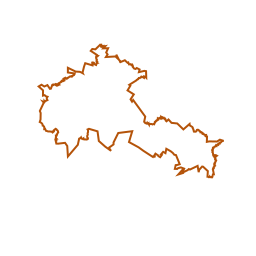 the district of Santiago Papasquiaro, Durango, Mexico, rotated 214°
{"feature_id": "50627088B53299694063482", "entity_name": "Santiago Papasquiaro", "entity_type": "district", "adm_level": 2, "iso_a3": "MEX", "parent_name": "Mexico", "parent_adm1": "Durango", "projection": "orthographic", "projection_center": [-106.236, 25.023], "detail": "fine", "context": "isolated", "style": "outline", "palette": "amber", "viewbox_px": 256, "rotation_deg": 214, "n_neighbors": 0, "source": "geoboundaries", "source_scale": "gbopen_adm2", "svg_char_len": 5885}
<svg xmlns="http://www.w3.org/2000/svg" viewBox="0 0 256 256"><g transform="rotate(214 128 128)"><path d="M79.2,165.8L81.3,157.8L89.7,159.3L94.8,156.6L99.2,157.7L99.8,155.1L100.8,155.2L101.5,155.7L101.7,156.2L102.0,156.3L102.1,156.1L102.5,156.0L102.8,156.6L103.2,156.5L103.4,156.2L104.0,156.5L104.4,155.8L105.4,156.2L105.6,155.9L105.8,155.9L105.5,155.7L105.6,155.3L105.4,154.7L105.8,154.4L106.4,154.4L107.0,154.9L107.0,154.5L106.6,154.0L107.5,153.9L107.8,153.6L107.6,152.4L108.6,152.5L107.9,151.2L108.1,150.5L108.6,150.3L108.5,149.6L108.8,149.3L108.6,149.0L109.1,148.1L108.6,147.6L108.7,147.0L108.4,145.8L109.1,145.7L109.6,144.7L110.7,144.5L111.2,144.0L111.9,143.8L112.6,142.8L112.5,142.6L112.9,142.8L112.9,143.2L113.8,142.9L113.9,143.2L114.4,142.4L115.1,142.9L115.1,142.4L115.3,142.1L116.4,141.7L117.5,142.2L118.1,142.2L120.1,147.1L139.4,154.1L139.4,152.1L141.9,153.2L142.0,159.1L149.4,158.9L149.7,164.4L151.1,164.5L147.7,172.1L147.7,172.8L147.2,173.5L147.2,174.1L146.9,174.3L147.0,175.5L146.1,176.0L145.9,177.0L144.9,177.7L145.7,177.6L145.7,178.1L145.2,178.3L142.8,178.5L143.5,179.8L142.0,180.1L141.0,179.9L144.8,185.2L146.4,184.5L150.2,180.4L151.1,183.0L154.3,182.6L154.7,181.2L156.1,180.7L158.1,181.3L158.1,181.6L159.1,182.5L160.0,182.9L160.3,182.0L161.5,182.4L162.7,181.3L164.4,182.5L164.8,181.8L168.5,182.4L171.2,178.3L171.8,178.5L172.1,179.2L173.5,179.4L178.7,182.3L176.5,180.0L178.4,180.3L186.0,174.5L186.1,177.6L188.3,178.4L189.1,183.0L193.0,180.2L192.6,183.1L193.4,182.3L193.8,182.5L194.0,181.5L195.0,181.3L195.0,180.7L195.6,180.3L195.8,180.4L195.5,181.7L196.3,181.5L196.8,182.1L197.2,181.8L196.8,181.5L197.7,181.2L199.0,175.0L201.8,173.5L202.0,171.1L194.6,171.2L194.5,170.3L193.3,170.9L193.4,170.2L194.0,169.5L193.9,168.6L193.5,168.1L192.7,167.6L192.4,167.2L191.9,167.1L191.6,165.9L190.9,165.9L190.4,165.7L190.5,165.3L190.4,164.6L190.0,164.6L190.3,164.3L189.9,163.6L190.0,163.1L189.7,162.4L190.5,162.2L192.0,162.4L192.7,163.0L194.2,162.6L194.7,162.9L194.0,161.8L193.5,161.6L193.4,161.3L192.7,161.1L192.3,160.1L199.7,157.8L198.7,154.1L196.6,148.4L196.1,148.1L198.2,147.9L199.4,147.6L203.0,145.5L211.5,144.3L208.9,140.4L202.7,143.4L202.4,142.7L202.4,141.6L203.1,140.7L203.1,140.2L203.4,139.9L203.1,139.8L203.2,139.2L205.0,138.2L206.0,135.4L206.2,135.7L207.2,134.2L207.5,134.4L208.0,134.1L208.2,134.3L209.0,132.8L207.3,131.8L207.9,130.8L208.7,131.3L209.1,130.6L208.8,130.4L209.2,129.8L208.9,129.6L209.4,128.8L209.2,128.6L210.3,126.7L209.9,126.4L210.1,126.2L209.4,125.7L210.2,125.3L209.9,125.2L210.2,124.7L209.8,124.5L210.5,123.4L211.5,124.0L211.9,123.3L212.7,123.8L213.9,121.8L214.5,122.1L214.9,121.4L213.9,117.5L214.6,116.8L218.8,118.5L220.6,115.6L223.9,115.5L225.3,112.5L219.5,111.7L216.6,107.3L215.5,108.6L213.6,108.4L212.2,108.9L212.1,107.5L211.6,106.7L210.4,106.1L211.9,103.5L212.3,103.6L211.7,102.8L211.7,102.6L213.2,102.3L212.0,101.9L210.6,92.8L208.8,91.6L205.3,86.2L204.5,83.6L203.2,83.8L201.6,83.6L200.7,83.0L200.1,82.3L199.7,82.5L198.3,82.2L197.7,81.5L197.1,81.3L197.0,81.1L197.1,80.7L196.8,80.2L196.0,80.8L194.4,79.8L193.1,80.3L192.4,80.4L190.8,81.5L190.4,81.6L189.2,82.3L188.0,82.1L187.6,83.5L188.2,83.7L188.3,84.1L188.2,84.4L187.9,84.5L188.1,85.2L187.5,86.9L186.7,86.9L186.5,86.6L185.3,86.6L184.3,86.2L183.5,85.4L183.6,85.2L183.4,84.5L183.5,84.0L183.1,82.7L183.3,82.6L183.2,82.4L183.3,82.2L183.0,81.6L183.5,81.3L182.4,79.9L182.2,79.2L181.3,79.1L181.5,78.9L181.3,78.7L181.6,78.6L180.7,77.8L181.4,77.5L178.7,75.0L177.1,76.0L171.9,80.5L168.3,79.1L161.9,70.8L160.2,86.0L162.5,91.7L162.2,91.9L162.2,92.5L161.8,93.2L161.7,93.9L161.1,93.4L160.2,93.3L159.6,93.7L159.4,94.1L159.2,93.6L158.9,93.6L158.6,94.1L157.8,94.1L157.5,94.5L156.2,95.0L156.0,95.4L155.6,95.6L155.2,96.2L155.5,97.2L156.4,97.4L157.4,98.5L157.6,100.0L158.6,101.1L158.8,102.2L159.4,103.1L159.9,103.8L160.7,104.2L159.9,105.5L151.4,108.2L144.9,100.9L136.4,99.8L129.3,99.6L132.6,100.8L132.7,101.2L130.8,106.3L131.9,107.9L133.3,118.4L122.7,127.7L119.3,116.9L108.4,117.9L102.3,117.7L91.1,117.9L91.1,118.8L89.9,119.1L90.0,119.6L90.9,120.6L90.9,122.1L87.4,122.1L87.1,121.7L85.0,121.8L84.9,124.6L85.9,124.5L85.5,127.9L82.9,128.1L84.6,132.2L79.7,132.6L77.0,132.4L74.6,131.7L73.1,132.4L64.9,126.9L66.4,125.0L67.7,123.9L66.3,120.3L64.3,121.6L64.1,122.6L62.1,124.9L58.7,125.7L58.3,122.5L59.5,123.5L60.3,117.6L57.2,121.5L57.6,121.9L55.0,126.4L54.6,128.0L53.4,128.2L49.1,135.5L44.7,130.9L45.6,133.2L45.0,137.5L44.1,137.9L37.7,136.9L34.9,132.1L34.6,132.3L33.5,132.4L33.2,133.0L32.8,133.1L32.9,133.4L32.3,133.2L31.5,134.0L30.8,134.0L30.7,134.6L31.6,136.8L31.7,137.8L31.2,137.9L34.0,140.7L34.4,141.5L34.7,141.5L34.8,142.0L34.5,142.4L34.7,142.6L34.5,142.8L34.7,143.1L35.0,143.0L35.1,143.4L34.9,143.7L35.0,144.0L34.8,144.4L35.1,144.9L34.9,145.3L35.4,145.4L35.4,145.8L36.0,145.8L36.4,146.4L36.2,146.7L36.2,147.4L36.5,147.5L36.4,147.8L36.7,148.4L36.5,148.9L36.8,150.5L37.3,150.6L37.3,150.2L38.2,150.6L38.3,151.3L38.6,151.4L38.8,151.9L39.7,151.9L40.6,152.5L40.2,153.0L39.2,153.7L38.8,154.7L40.0,154.6L40.6,154.2L40.6,153.9L40.4,153.7L41.0,153.8L41.3,152.7L41.6,152.7L42.3,153.2L43.5,154.7L44.2,155.0L44.4,155.4L44.7,155.4L44.8,156.2L45.7,156.6L45.4,157.3L45.7,157.8L46.0,157.8L45.9,158.7L46.3,158.7L46.6,159.2L46.5,159.5L46.0,159.8L45.9,160.9L45.2,161.5L45.4,162.9L44.5,162.8L44.7,163.7L44.6,164.5L43.7,164.6L44.1,165.9L44.0,166.2L43.5,166.1L43.2,166.4L43.7,167.0L43.5,167.6L43.0,167.9L42.7,169.7L41.5,170.8L45.3,169.7L46.6,166.6L53.2,162.3L54.9,160.6L57.7,165.1L58.3,164.7L59.1,164.6L59.5,165.8L60.0,165.4L60.3,165.7L60.2,165.5L61.1,165.1L61.8,165.3L62.2,165.1L62.3,165.3L62.5,165.2L62.8,165.4L63.0,165.2L63.4,165.4L63.5,165.1L64.2,165.5L64.6,165.3L65.0,165.5L65.3,165.2L65.4,165.4L66.1,165.2L66.5,165.6L67.1,165.4L68.1,165.8L69.1,165.7L69.8,165.0L69.5,163.9L69.8,162.8L70.8,162.4L71.1,161.9L71.8,162.2L73.1,163.5L74.0,163.8L74.6,164.6L75.3,164.8L78.2,164.7L79.2,165.8Z" fill="none" stroke="#b45309" stroke-width="2"/></g></svg>